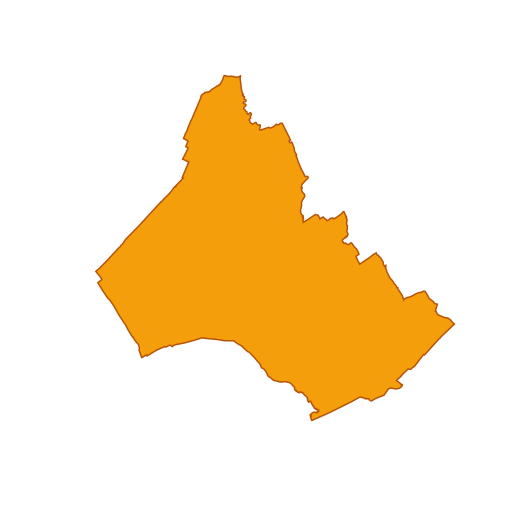 outline of Tatulesti, Olt, Romania, rotated 337°
{"feature_id": "2599482B2026044219138", "entity_name": "Tatulesti", "entity_type": "district", "adm_level": 2, "iso_a3": "ROU", "parent_name": "Romania", "parent_adm1": "Olt", "projection": "mercator", "projection_center": [24.611, 44.648], "detail": "fine", "context": "isolated", "style": "filled", "palette": "amber", "viewbox_px": 512, "rotation_deg": 337, "n_neighbors": 0, "source": "geoboundaries", "source_scale": "gbopen_adm2", "svg_char_len": 6138}
<svg xmlns="http://www.w3.org/2000/svg" viewBox="0 0 512 512"><g transform="rotate(337 256 256)"><path d="M412.0,396.2L410.8,393.5L410.1,390.9L408.8,388.6L408.1,387.9L406.3,386.9L404.4,385.2L400.5,381.2L400.1,379.0L400.2,377.6L399.5,376.9L404.1,371.2L402.1,369.8L401.7,369.0L401.2,366.9L398.8,362.7L398.5,358.5L397.7,354.4L396.4,353.8L394.9,354.1L394.5,353.8L393.1,353.8L392.0,353.4L389.0,353.2L384.0,353.8L380.9,353.7L378.1,353.2L375.6,353.7L375.0,354.1L375.0,351.3L375.2,350.5L375.1,349.2L373.6,340.9L374.1,340.6L373.5,340.1L373.3,338.1L372.4,335.1L371.9,332.0L370.7,328.4L370.3,322.5L370.4,320.5L370.7,319.5L370.6,318.0L370.4,317.7L371.3,316.8L371.8,315.4L370.3,315.7L370.2,314.6L370.0,314.1L370.0,313.4L370.7,311.0L370.3,309.1L370.1,306.5L369.0,304.3L369.0,303.4L368.1,302.5L367.7,300.9L367.8,300.1L365.6,300.3L359.8,301.8L348.1,304.1L348.3,302.8L348.0,301.2L347.8,295.8L348.2,295.3L351.5,294.6L351.7,292.6L351.2,288.4L350.0,285.9L349.4,282.5L349.1,281.5L348.6,280.9L345.6,281.7L345.1,281.3L344.4,280.8L343.7,279.3L342.8,278.9L342.0,278.8L341.6,278.2L341.9,277.6L341.8,277.1L341.4,276.7L341.3,275.8L341.5,275.4L342.5,274.6L344.3,274.3L344.6,274.0L345.2,274.2L345.5,273.9L346.2,274.0L346.6,273.8L346.9,273.1L347.6,273.5L347.7,273.1L348.0,273.1L349.2,271.9L349.3,268.6L350.7,266.8L351.0,265.6L351.7,264.6L351.9,264.0L351.7,262.9L351.8,262.1L352.8,260.1L353.9,258.5L354.1,257.6L353.8,256.0L354.5,255.7L354.6,255.3L354.3,253.3L354.4,250.8L354.2,249.4L353.4,249.3L351.9,250.2L350.4,250.7L345.3,251.9L342.7,252.2L342.1,252.2L341.7,251.0L340.0,250.8L339.6,250.4L336.7,251.2L335.2,251.3L335.0,250.2L333.9,248.5L333.2,246.4L331.6,246.4L329.4,246.9L329.6,246.3L329.3,244.9L329.1,242.7L326.8,241.0L316.5,243.0L312.9,243.5L313.2,243.0L312.9,242.5L313.1,242.0L312.9,241.5L314.1,240.8L314.2,239.5L314.9,238.6L314.8,238.3L313.9,238.2L314.0,237.8L315.0,237.2L314.3,236.0L314.0,234.7L314.2,233.1L314.7,232.2L314.6,231.4L316.3,229.4L317.8,227.0L318.7,224.6L320.5,222.8L324.0,220.3L324.5,219.4L324.7,217.9L323.8,216.0L323.7,215.3L323.8,212.5L323.9,212.1L324.5,212.0L325.1,211.5L325.2,211.1L324.4,210.5L325.9,208.5L327.0,207.7L331.4,205.7L334.3,204.7L334.8,203.6L334.7,203.0L332.2,201.9L332.1,198.3L331.6,194.0L331.7,185.3L332.1,180.9L332.0,179.7L332.2,179.0L332.8,178.9L333.0,178.6L332.5,176.8L332.4,174.7L333.4,171.3L333.3,169.4L333.6,166.1L333.3,165.0L332.2,165.3L331.7,165.1L331.5,164.8L331.4,163.0L333.1,162.7L332.0,144.0L330.1,143.3L328.9,144.0L327.4,143.9L326.1,142.6L322.8,143.8L320.2,143.9L318.9,143.7L317.9,142.5L309.6,141.9L308.8,141.4L308.6,140.9L311.0,137.6L310.9,136.8L309.0,136.2L308.5,135.2L308.1,133.0L307.4,132.8L304.4,133.3L303.8,132.7L302.9,130.8L303.0,128.9L302.7,128.3L302.8,127.9L305.1,126.8L305.3,125.1L306.7,124.3L307.3,122.7L306.7,121.9L305.9,122.0L304.6,122.6L303.6,122.0L303.4,120.9L304.0,119.9L303.1,118.5L302.9,116.7L302.3,115.9L302.2,115.4L302.7,114.6L303.1,114.4L305.1,113.8L305.7,113.4L305.8,112.9L305.5,112.0L304.3,111.2L304.1,110.7L304.1,110.1L304.8,109.5L306.8,109.8L307.6,109.0L307.6,108.3L306.5,106.8L306.6,106.0L307.5,105.2L307.6,104.7L306.5,103.5L306.3,103.0L306.5,102.6L307.4,102.5L307.1,100.6L307.5,97.8L310.5,87.2L311.3,85.5L312.5,83.7L311.4,84.4L310.5,84.4L306.8,83.5L306.5,82.8L305.9,82.2L304.3,81.5L303.2,80.6L302.1,80.5L300.9,79.9L299.9,79.7L299.0,78.5L297.2,77.5L295.5,79.1L294.6,80.4L289.7,84.2L288.6,84.0L288.0,84.4L286.8,84.2L284.1,84.9L280.8,85.3L278.5,86.0L277.5,86.6L272.5,85.5L272.1,86.1L269.8,86.2L268.2,87.0L267.5,87.8L267.5,88.3L263.6,92.1L250.4,104.9L248.7,106.2L243.4,111.5L242.7,112.4L239.9,115.1L239.2,115.4L235.2,119.5L237.4,122.2L238.2,123.7L234.1,127.9L235.7,130.0L235.4,130.5L226.3,138.2L230.8,143.2L218.7,155.0L219.6,155.8L209.2,160.2L209.5,160.6L208.8,160.9L208.0,160.6L207.5,160.8L203.6,163.2L198.5,165.6L194.0,167.2L190.6,169.0L189.5,169.1L184.3,171.4L160.0,182.5L143.8,189.2L141.9,190.1L137.7,192.9L135.9,193.4L134.8,194.3L132.8,194.9L115.9,202.5L107.1,206.1L102.5,207.6L104.6,214.5L104.9,217.3L104.7,217.6L100.0,218.7L101.2,227.2L103.0,236.5L104.1,239.1L105.6,246.2L106.9,257.6L109.1,269.0L109.4,273.8L110.4,280.8L110.7,282.3L111.1,282.5L111.3,285.2L112.3,289.0L113.2,291.3L112.8,295.0L111.5,297.1L111.1,304.9L116.4,304.3L116.6,305.4L116.9,305.4L127.8,303.8L136.9,303.7L137.4,304.4L138.1,304.7L140.8,304.3L142.0,304.5L142.8,305.3L143.4,306.6L146.0,306.1L146.9,306.1L156.3,308.1L166.1,309.4L174.2,310.2L180.9,314.1L186.6,317.0L193.8,321.6L202.4,325.4L204.6,329.2L207.6,333.2L210.9,340.7L212.2,341.9L214.2,347.4L214.9,348.8L216.3,353.7L217.4,356.9L217.4,360.8L217.6,361.4L218.6,362.3L219.2,363.3L219.9,365.6L220.2,369.3L220.1,370.7L220.5,371.9L221.6,373.3L223.1,376.4L224.0,377.7L226.5,379.3L227.3,380.2L229.5,381.7L234.4,383.3L235.1,384.0L236.8,385.2L237.9,386.3L238.5,387.7L239.1,388.4L239.1,389.8L239.7,390.5L240.1,391.6L240.1,392.4L239.6,392.9L239.4,394.4L239.6,394.8L240.5,395.4L240.5,395.7L240.2,396.2L240.4,396.4L241.0,396.7L241.0,397.4L242.6,398.8L243.2,398.3L243.5,398.3L243.9,398.9L244.9,399.3L245.0,399.9L245.6,400.0L245.8,401.4L246.1,401.6L246.2,402.7L247.6,405.2L247.9,406.2L247.9,407.3L247.4,407.5L247.5,408.1L247.0,409.3L247.3,411.1L247.6,411.2L249.2,410.6L249.3,411.4L249.8,412.6L249.4,413.8L250.1,415.6L249.8,416.3L250.4,417.1L250.1,418.6L250.8,419.1L250.7,419.6L251.1,420.1L252.0,420.1L251.8,421.0L252.1,421.6L252.4,421.5L253.5,422.3L253.1,422.9L252.9,423.6L251.5,423.3L251.0,424.2L248.5,422.4L246.5,422.4L245.5,422.7L245.1,423.2L243.9,423.2L243.5,424.5L244.2,424.9L243.4,425.5L243.1,426.4L243.3,427.9L243.0,428.2L243.1,428.6L243.4,428.8L243.3,429.2L262.1,428.9L286.1,427.5L296.9,426.4L297.5,427.1L300.2,429.1L300.7,430.1L301.5,430.0L301.8,430.6L304.2,431.6L304.0,432.1L304.1,432.9L305.2,434.3L306.1,434.5L310.4,433.9L319.5,434.1L325.5,430.4L327.3,430.0L328.4,430.2L329.5,430.7L331.8,432.5L333.0,433.1L336.7,433.8L339.1,433.0L339.1,432.7L339.9,432.4L340.4,431.9L340.0,431.0L339.2,430.9L338.8,429.0L336.6,425.5L343.0,423.2L342.9,422.9L348.9,420.5L350.0,420.3L351.2,419.5L352.0,419.5L353.9,420.7L354.4,420.7L355.6,420.1L358.8,419.5L371.6,412.2L372.5,412.9L392.5,403.6L393.1,403.7L394.1,402.9L412.0,396.2Z" fill="#f59e0b" stroke="#b45309" stroke-width="1.5"/></g></svg>